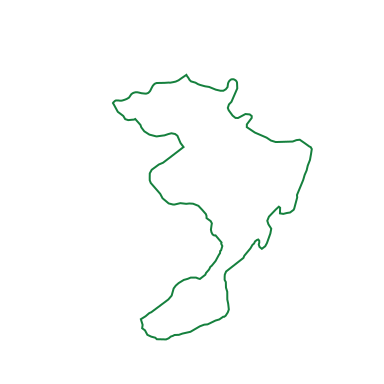 outline of Ixchiguán, San Marcos, Guatemala, rotated 53°
{"feature_id": "79465075B80517752911806", "entity_name": "Ixchiguán", "entity_type": "district", "adm_level": 2, "iso_a3": "GTM", "parent_name": "Guatemala", "parent_adm1": "San Marcos", "projection": "equal_earth", "projection_center": [-91.922, 15.132], "detail": "fine", "context": "isolated", "style": "outline", "palette": "green", "viewbox_px": 384, "rotation_deg": 53, "n_neighbors": 0, "source": "geoboundaries", "source_scale": "gbopen_adm2", "svg_char_len": 3082}
<svg xmlns="http://www.w3.org/2000/svg" viewBox="0 0 384 384"><g transform="rotate(53 192 192)"><path d="M294.8,298.7L294.7,295.9L295.4,293.8L295.7,292.0L298.2,288.4L299.3,284.9L302.7,277.4L304.0,266.5L305.3,262.1L307.1,259.2L308.8,250.6L310.2,246.9L310.4,242.1L311.0,241.5L311.1,239.7L309.7,235.9L308.0,233.3L303.1,230.4L299.1,228.5L292.9,223.9L288.8,222.4L284.3,219.2L281.8,218.8L279.3,216.9L277.7,215.5L276.0,212.6L275.6,190.6L274.4,188.6L272.2,179.3L270.6,175.5L270.5,173.5L269.4,171.4L269.4,169.0L269.8,167.7L271.3,167.6L273.0,168.8L274.1,170.3L276.5,171.1L279.4,170.4L279.4,166.2L277.9,162.9L275.8,159.7L272.3,154.4L269.0,150.8L263.8,150.4L260.3,149.2L258.0,145.4L256.4,135.6L256.0,131.5L257.6,131.1L262.0,134.6L264.4,132.3L265.9,128.8L267.4,126.0L267.4,121.6L266.8,120.4L259.6,111.2L257.6,110.0L249.4,96.1L248.6,95.0L246.2,91.8L243.7,87.4L240.6,83.7L237.4,78.5L233.4,74.2L229.8,70.5L227.6,70.2L226.3,70.9L220.5,72.7L215.1,74.5L213.4,77.4L212.3,81.2L203.6,93.5L202.3,95.2L198.4,98.0L193.5,99.7L182.4,106.0L173.2,109.2L171.0,107.5L168.8,99.8L167.3,98.6L164.8,99.2L161.9,102.4L160.6,110.7L159.0,112.7L155.4,113.6L148.8,113.5L146.4,112.8L144.3,109.8L143.7,106.2L136.5,93.5L131.7,90.2L130.7,89.9L129.5,89.9L128.7,90.1L127.2,90.8L126.6,91.4L125.7,92.8L125.6,93.8L125.8,95.5L126.4,97.0L127.2,98.1L129.6,100.5L130.3,103.2L130.0,106.0L128.3,108.3L124.6,111.4L118.4,115.1L115.4,118.0L111.5,121.0L109.5,122.3L106.8,123.4L104.8,124.9L103.1,126.2L101.0,126.5L98.6,126.2L96.2,126.2L95.1,126.0L94.8,131.8L94.7,135.5L94.0,138.6L93.0,140.8L91.6,143.6L90.5,144.9L88.2,148.4L85.3,152.4L83.7,154.6L83.2,156.2L83.2,157.5L83.6,159.4L84.4,161.2L86.1,164.6L86.5,166.6L86.5,167.5L86.0,169.1L85.5,169.9L84.3,171.2L82.7,172.9L80.5,174.7L79.3,175.8L78.4,177.0L77.7,178.7L77.4,180.0L77.4,181.7L78.2,184.0L78.7,185.5L78.4,188.2L77.8,190.3L77.1,192.3L76.6,193.4L75.8,194.5L74.6,195.7L73.5,197.1L73.0,197.9L72.9,198.9L73.1,200.7L73.4,201.6L75.2,201.8L83.3,203.0L89.9,201.1L93.6,201.5L96.2,199.7L97.9,196.9L99.3,194.7L99.5,193.4L102.3,193.2L107.4,192.8L109.9,193.6L114.8,193.6L120.5,191.5L125.8,187.3L126.4,186.7L127.1,185.4L129.5,181.1L130.2,179.9L131.5,176.0L132.7,173.1L135.5,170.6L138.3,169.8L146.1,171.7L151.0,171.7L151.2,197.5L150.1,201.9L150.0,210.8L151.7,214.5L154.9,217.0L157.2,218.7L160.0,219.5L174.4,218.5L179.3,219.3L187.1,217.5L190.7,214.6L191.5,213.5L193.9,208.0L198.0,203.7L199.6,201.0L202.0,198.2L206.9,195.2L212.4,194.6L218.0,194.2L219.8,194.8L221.6,196.1L226.5,194.6L229.0,195.0L230.2,196.3L233.5,199.6L235.9,200.7L238.4,201.1L240.1,200.4L240.8,199.3L250.1,198.8L250.9,199.8L253.4,200.3L256.1,203.9L256.1,205.0L257.7,206.4L258.4,208.4L261.3,214.7L262.8,220.8L262.8,222.3L264.2,225.1L265.1,229.5L266.1,231.2L266.2,238.0L264.8,239.1L262.8,240.3L260.4,243.5L259.6,244.5L258.8,247.6L258.0,249.7L257.3,251.4L256.7,257.5L257.0,261.3L258.0,264.7L262.5,270.6L263.6,275.6L263.5,296.9L263.0,299.0L263.3,303.9L262.8,309.4L268.4,311.4L270.8,313.8L274.2,312.8L279.2,313.6L283.0,311.6L286.3,309.0L288.4,308.7L292.4,303.6L294.1,301.5L294.8,298.7Z" fill="none" stroke="#15803d" stroke-width="2"/></g></svg>